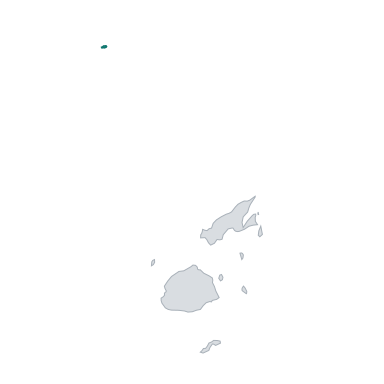 Rotuma highlighted on a map of Fiji, rotated 349°
{"feature_id": "FJI-2658", "entity_name": "Rotuma", "entity_type": "Division", "adm_level": 1, "iso_a3": "FJI", "parent_name": "Fiji", "parent_adm1": "", "projection": "natural_earth1", "projection_center": [177.065, -12.496], "detail": "fine", "context": "in_parent", "style": "filled", "palette": "teal", "viewbox_px": 384, "rotation_deg": 349, "n_neighbors": 0, "source": "natural_earth", "source_scale": "10m", "svg_char_len": 2509}
<svg xmlns="http://www.w3.org/2000/svg" viewBox="0 0 384 384"><g transform="rotate(349 192 192)"><path d="M182.8,266.7L182.8,268.9L184.0,269.8L185.2,269.9L188.1,274.0L192.7,277.5L195.5,280.2L195.6,282.4L194.8,284.9L196.0,289.2L196.5,293.7L198.5,300.8L195.7,302.1L191.2,302.3L190.1,303.6L188.6,302.9L184.8,303.4L181.3,305.7L177.8,308.9L173.9,308.9L169.5,309.6L165.1,309.1L162.0,307.4L156.5,305.6L149.2,304.0L146.2,302.7L143.7,300.6L141.3,295.4L141.0,292.8L141.4,290.3L143.5,289.5L145.3,288.2L145.5,286.6L146.3,285.5L147.4,285.1L147.9,284.3L147.1,281.6L146.9,279.2L151.2,274.8L155.8,271.0L164.0,267.5L168.9,267.8L176.6,265.2L179.0,263.9L181.5,264.7L182.8,266.7ZM253.1,208.9L246.9,215.3L244.7,218.6L242.8,222.3L237.5,226.2L235.3,231.4L235.4,236.7L240.7,231.2L246.6,226.7L248.4,225.7L250.3,225.8L250.1,227.3L249.2,228.9L248.6,232.9L250.1,236.6L245.7,236.2L241.4,236.5L236.3,238.6L231.2,239.6L229.3,239.6L227.5,238.9L226.4,237.8L225.4,235.3L224.5,235.0L220.5,235.1L214.5,239.9L212.5,244.1L210.2,244.3L207.5,243.4L204.2,246.6L200.2,247.7L198.5,245.0L197.5,241.7L196.1,239.3L191.7,238.7L192.4,235.7L193.6,234.5L194.6,232.7L195.3,230.7L197.3,232.0L199.4,232.8L201.8,231.3L204.3,231.2L206.8,226.8L210.7,224.0L216.0,221.9L221.5,220.3L224.3,220.0L227.0,219.1L231.7,215.0L234.8,212.8L238.3,211.6L241.5,210.8L244.5,211.5L247.0,211.1L253.2,208.2L253.1,208.9ZM191.1,343.7L191.1,345.8L185.9,347.1L184.1,345.4L183.0,345.1L179.9,348.1L179.0,349.4L178.7,350.3L177.9,350.8L172.1,352.2L169.6,350.8L171.3,349.8L173.4,347.8L175.5,348.1L177.6,346.3L179.8,343.5L182.8,342.9L184.9,341.8L188.4,342.6L191.1,343.7ZM253.0,247.1L250.0,248.9L248.8,247.1L250.2,242.9L253.0,238.6L253.0,242.1L253.0,247.1ZM226.3,301.8L225.9,302.2L222.4,298.4L222.5,296.8L223.2,295.5L224.6,294.2L225.8,296.4L226.8,300.0L226.3,301.8ZM205.1,283.9L203.0,284.7L201.8,281.8L203.4,278.9L205.2,278.6L206.1,281.6L205.1,283.9ZM229.4,266.5L228.0,267.8L227.4,261.2L228.8,261.2L229.8,261.9L230.4,263.6L229.4,266.5ZM140.2,255.9L138.1,256.7L139.2,252.9L140.4,251.7L141.1,251.5L142.3,251.2L141.9,253.9L140.2,255.9ZM135.6,33.2L134.0,33.7L131.4,33.3L130.8,32.5L131.7,32.4L133.4,31.8L135.4,32.1L135.8,32.6L135.6,33.2ZM253.1,226.8L252.6,226.8L252.5,225.9L253.1,224.3L253.1,226.8Z" fill="#d9dde1" stroke="#a8b0b8" stroke-width="1"/><path d="M135.7,32.3L135.9,33.0L135.3,33.5L134.3,33.7L133.6,33.8L133.0,33.5L132.4,33.4L131.7,33.3L131.1,33.4L130.9,32.7L131.4,32.6L131.9,32.5L133.0,31.8L133.7,32.0L135.2,32.0L135.7,32.3Z" fill="#14b8a6" stroke="#0f766e" stroke-width="1.5"/></g></svg>